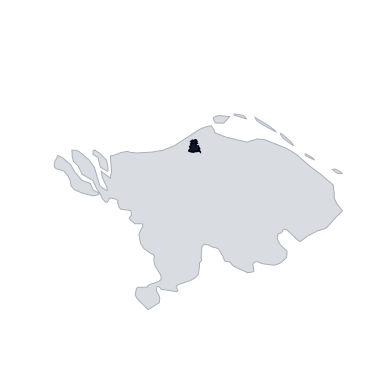 location of Alkmaar, Noord-Holland, Netherlands, rotated 43°
{"feature_id": "6326949B3608073145237", "entity_name": "Alkmaar", "entity_type": "district", "adm_level": 2, "iso_a3": "NLD", "parent_name": "Netherlands", "parent_adm1": "Noord-Holland", "projection": "equal_earth", "projection_center": [4.805, 52.601], "detail": "fine", "context": "in_parent", "style": "filled", "palette": "ink", "viewbox_px": 384, "rotation_deg": 43, "n_neighbors": 0, "source": "geoboundaries", "source_scale": "gbopen_adm2", "svg_char_len": 5388}
<svg xmlns="http://www.w3.org/2000/svg" viewBox="0 0 384 384"><g transform="rotate(43 192 192)"><path d="M240.1,308.0L233.5,307.8L227.4,307.6L224.1,307.2L220.6,306.0L219.0,303.4L217.1,300.3L217.6,298.4L223.3,293.0L224.2,291.6L223.6,290.8L224.2,288.4L228.6,280.4L229.1,277.2L227.1,274.9L224.2,273.6L215.0,271.2L210.5,267.9L208.5,265.0L206.4,264.1L203.4,265.1L195.7,266.2L189.4,264.6L182.0,259.1L180.3,254.2L179.4,250.4L177.6,249.1L175.1,251.1L172.0,254.1L165.8,254.5L164.0,253.8L163.7,252.1L163.4,250.5L161.7,248.5L159.8,247.3L152.0,253.0L149.1,253.0L145.4,250.8L143.6,248.7L139.5,249.9L135.9,252.5L137.1,257.4L135.2,258.4L130.7,257.9L125.7,255.9L120.0,254.6L111.5,251.2L99.6,254.0L91.3,250.7L84.5,250.4L80.2,247.7L75.6,243.3L78.9,240.4L82.1,239.4L94.7,238.8L103.8,240.6L120.2,250.2L124.4,250.1L128.8,248.9L126.5,246.3L122.4,245.0L116.3,242.4L111.5,238.8L122.9,237.6L121.3,235.8L119.9,232.5L107.8,221.4L109.9,218.3L113.0,211.9L116.8,206.5L119.8,205.1L124.8,201.3L135.5,190.1L142.4,181.1L147.5,170.3L154.9,140.9L157.1,135.9L160.7,130.4L165.2,131.4L168.3,133.0L179.3,128.8L198.2,118.0L203.7,108.6L209.2,104.3L230.8,95.8L242.7,93.3L261.2,92.7L274.5,91.2L290.5,90.6L296.7,95.8L300.3,99.6L306.0,101.8L314.9,103.2L314.5,110.8L314.8,125.7L314.2,128.4L310.3,134.7L306.3,146.1L305.2,153.6L304.0,155.0L287.1,155.0L284.7,156.3L284.4,157.9L285.2,159.8L284.9,161.7L283.6,163.3L284.3,165.8L287.3,168.6L292.7,170.4L298.4,170.5L301.3,170.2L303.5,172.2L305.7,175.3L305.6,179.3L304.8,184.5L302.2,189.4L294.5,195.0L291.0,197.0L287.7,198.0L286.1,199.5L285.4,201.4L285.6,203.1L291.2,207.6L291.1,208.7L289.5,211.0L287.4,213.2L273.1,217.9L267.1,217.5L263.8,219.8L262.7,220.2L258.9,218.1L250.5,215.7L247.3,216.5L245.6,217.9L240.3,219.5L236.5,222.0L236.6,225.3L243.3,233.7L245.7,235.4L245.8,238.6L249.1,242.5L252.5,247.5L252.9,250.7L252.5,253.9L250.9,258.4L245.1,269.1L245.1,271.2L245.6,272.7L247.6,273.2L249.1,274.0L248.7,275.4L237.8,282.8L236.4,284.1L231.8,283.8L231.1,285.0L231.8,287.0L233.6,288.8L237.5,289.7L240.8,291.6L243.6,295.3L240.1,308.0ZM125.7,255.9L124.7,258.9L122.2,262.3L113.6,267.2L104.7,270.5L100.1,270.1L96.9,268.4L95.2,266.6L90.5,264.9L83.9,264.1L79.8,265.9L76.9,267.6L74.3,267.4L72.4,265.9L71.0,263.7L69.1,256.6L74.0,255.3L84.6,254.8L92.8,257.3L103.5,258.5L111.8,255.1L118.3,258.0L125.7,255.9ZM107.9,227.1L114.2,231.6L115.5,233.0L116.0,234.5L108.0,236.3L99.6,230.8L93.9,232.1L91.8,229.5L91.8,227.9L97.7,226.6L107.9,227.1ZM168.2,120.1L161.9,125.7L158.0,124.1L156.9,122.8L158.9,118.4L168.2,111.1L168.2,120.1ZM196.0,95.0L190.1,95.6L187.4,94.5L201.7,91.4L210.7,90.4L212.3,90.9L196.0,95.0ZM234.3,89.2L221.8,90.5L217.5,89.5L216.8,88.6L220.2,88.1L230.9,87.9L234.2,88.7L234.3,89.2ZM182.3,101.2L170.5,107.0L169.5,106.1L177.1,101.0L182.3,101.2ZM285.2,79.4L279.3,79.7L281.0,77.6L286.4,76.0L289.3,76.0L285.2,79.4ZM259.8,85.1L251.0,87.8L248.8,87.2L249.4,86.4L257.1,84.8L259.8,85.1Z" fill="#d9dde1" stroke="#a8b0b8" stroke-width="1"/><path d="M161.6,164.1L161.9,164.2L162.1,164.2L162.3,164.1L162.5,163.9L162.6,163.7L162.9,163.7L163.0,163.7L163.4,163.3L163.5,163.3L163.6,163.2L163.8,163.2L164.0,163.2L164.3,163.0L164.2,163.0L163.8,162.9L163.9,162.6L164.0,162.6L164.3,162.3L164.5,162.4L164.7,162.5L164.8,162.6L165.0,162.4L165.4,162.2L165.5,162.0L165.5,161.9L165.8,161.7L166.0,161.4L166.1,161.2L166.4,161.0L166.4,160.9L166.5,160.9L166.6,160.7L166.7,160.4L166.7,160.2L166.8,160.0L166.9,159.8L167.1,159.6L167.3,159.5L167.6,159.5L167.8,159.3L167.9,159.2L168.0,159.0L168.1,158.9L168.2,158.7L168.3,158.5L168.4,158.2L168.5,158.1L168.7,157.9L168.8,157.8L168.8,157.7L169.0,157.6L169.4,157.4L169.6,157.2L169.9,157.1L170.0,157.0L170.4,157.0L170.7,157.1L170.8,157.1L170.7,157.0L170.7,156.9L170.4,156.8L170.1,156.8L170.0,156.7L169.8,156.7L169.7,156.7L169.3,156.7L169.2,156.7L168.9,156.6L168.7,156.6L168.4,156.6L168.2,156.6L168.2,156.2L168.3,155.9L168.4,155.7L168.2,155.4L168.1,155.2L167.9,155.0L167.6,155.0L167.4,154.9L167.1,154.9L166.8,154.9L166.7,154.7L166.3,154.5L166.2,154.5L166.1,154.4L165.8,154.3L165.7,154.3L165.4,154.0L165.1,154.0L165.0,154.3L164.9,154.5L164.8,154.8L164.7,155.0L164.3,155.0L164.2,155.0L163.4,155.0L163.2,155.0L163.1,154.9L162.7,154.8L162.4,154.7L162.2,154.6L161.9,154.6L161.7,154.6L161.8,154.5L162.2,153.9L162.6,153.4L162.7,153.2L162.7,152.9L162.2,153.2L161.1,153.8L161.1,153.4L161.1,153.1L161.2,152.9L161.3,152.6L161.2,152.5L161.1,152.4L161.3,151.9L161.4,151.7L161.2,151.5L159.6,151.1L159.4,151.1L159.1,151.2L159.0,151.3L159.3,151.5L159.5,151.7L159.6,151.9L159.7,152.0L159.4,152.4L159.3,152.6L159.2,152.6L159.0,152.8L158.9,152.7L158.7,152.6L158.6,152.8L158.5,152.7L158.3,152.7L158.3,152.8L158.3,153.0L158.1,153.0L157.9,153.1L158.0,153.1L158.0,153.3L157.9,153.5L157.7,153.6L157.8,153.7L157.7,153.7L157.4,153.7L157.4,153.9L157.1,154.0L157.2,154.3L156.9,154.3L156.9,154.5L156.9,154.8L156.9,155.0L157.0,155.3L156.9,155.4L157.3,155.6L157.2,155.7L157.3,155.7L157.4,155.8L157.6,155.8L158.1,156.1L158.4,156.2L158.6,156.4L158.7,156.5L158.8,156.5L158.6,156.9L158.5,157.0L158.4,157.1L158.5,157.1L158.6,157.3L158.6,157.5L158.7,157.8L158.7,158.0L159.2,158.3L159.6,158.3L159.8,158.3L159.8,158.5L159.7,158.8L159.6,159.1L159.5,159.3L159.5,159.5L159.4,159.6L159.4,159.9L159.3,160.0L159.2,160.1L159.2,160.3L159.5,160.6L160.9,160.9L161.1,161.0L161.3,161.0L161.5,161.1L161.4,161.6L161.4,161.8L161.3,162.0L161.3,162.8L161.3,163.1L161.3,163.4L161.6,164.1Z" fill="#0f172a" stroke="#020617" stroke-width="1.5"/></g></svg>